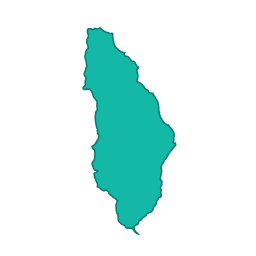 Stanceni, Mures, Romania (orthographic projection), rotated 167°
{"feature_id": "2599482B71478398242388", "entity_name": "Stanceni", "entity_type": "district", "adm_level": 2, "iso_a3": "ROU", "parent_name": "Romania", "parent_adm1": "Mures", "projection": "orthographic", "projection_center": [25.249, 46.944], "detail": "fine", "context": "isolated", "style": "filled", "palette": "teal", "viewbox_px": 256, "rotation_deg": 167, "n_neighbors": 0, "source": "geoboundaries", "source_scale": "gbopen_adm2", "svg_char_len": 5851}
<svg xmlns="http://www.w3.org/2000/svg" viewBox="0 0 256 256"><g transform="rotate(167 128 128)"><path d="M144.7,233.5L145.5,232.3L145.7,231.6L145.9,231.0L146.0,230.2L146.0,229.7L145.7,227.9L145.9,227.2L146.1,225.9L146.4,225.3L147.9,223.6L148.9,221.4L148.9,220.1L148.7,219.0L148.7,218.2L148.6,216.6L148.8,215.4L148.9,214.9L149.1,214.3L149.4,214.0L151.1,213.1L151.5,212.5L151.9,211.9L152.1,210.9L152.7,209.9L153.6,208.3L153.9,207.4L154.0,206.3L154.0,203.9L153.8,202.1L153.8,201.6L154.1,199.3L154.1,198.6L154.1,197.4L154.9,196.6L155.7,195.8L155.8,195.4L155.9,194.8L156.0,194.5L158.0,191.8L158.7,190.0L158.7,189.3L158.5,188.6L157.9,187.7L157.5,186.7L157.4,186.3L158.2,185.5L158.3,184.7L158.9,183.7L159.2,182.8L159.4,182.1L159.7,181.6L159.8,180.4L159.8,179.9L160.0,179.5L160.2,179.2L161.0,178.7L162.1,177.8L162.6,177.3L163.0,176.6L162.9,176.4L161.5,175.2L159.6,174.9L158.9,175.0L157.5,174.8L156.9,174.5L156.5,174.1L155.8,173.1L155.5,172.5L155.4,172.2L155.3,170.8L154.8,170.1L154.7,169.6L154.7,167.2L154.5,166.2L154.0,164.6L153.5,163.9L153.1,162.8L152.6,162.2L152.4,161.6L152.3,160.5L153.3,156.7L153.6,153.6L154.3,151.9L154.8,151.5L155.9,150.8L156.1,149.7L156.2,149.2L157.4,146.5L157.5,146.1L157.5,145.5L157.8,144.6L157.8,144.0L158.0,143.0L158.0,142.2L158.1,141.5L158.1,140.9L158.3,139.6L158.3,139.0L158.4,138.6L158.3,137.9L158.3,136.9L158.5,136.0L158.3,134.9L158.1,134.2L158.0,133.7L158.1,133.3L158.6,132.3L158.5,131.3L158.5,131.0L158.4,130.6L158.5,130.4L158.9,130.0L158.9,129.6L158.4,128.8L158.3,128.2L158.1,127.8L158.1,126.8L158.3,126.1L158.8,125.1L159.7,124.2L159.7,123.9L160.2,123.4L160.7,123.1L160.7,122.7L161.1,122.5L161.3,122.1L161.9,121.9L162.2,121.3L162.6,120.9L162.6,120.7L162.4,120.6L162.6,120.2L164.0,119.8L164.9,119.0L165.5,118.7L166.4,118.4L167.2,118.3L167.2,117.8L167.1,117.0L167.1,116.1L166.9,115.7L166.7,115.3L165.9,114.8L165.6,114.3L165.6,113.6L165.8,112.7L165.8,111.5L166.1,110.3L166.3,109.1L166.8,108.2L167.4,105.6L168.1,104.5L168.4,104.0L169.5,103.4L170.0,103.0L170.8,101.9L171.1,101.1L171.2,100.5L170.8,98.6L170.8,97.7L170.6,97.0L170.7,96.1L170.5,95.6L170.2,95.1L170.1,94.6L169.9,94.4L167.6,93.6L167.2,93.3L167.1,93.1L167.2,92.8L167.4,92.6L168.4,92.1L170.5,91.8L171.2,91.1L171.4,90.6L171.5,88.9L171.5,88.4L171.6,88.1L171.5,87.7L171.4,86.2L171.1,85.0L171.1,84.1L170.7,82.7L170.7,82.0L170.4,80.8L170.4,79.3L170.6,78.7L171.1,77.8L171.2,77.6L170.0,77.1L169.6,76.6L168.4,75.3L168.1,74.4L167.7,73.8L166.8,73.2L165.9,72.3L165.6,72.2L164.3,72.6L163.5,72.5L162.2,71.4L161.5,70.4L161.3,69.6L161.3,69.2L161.4,68.7L161.3,68.2L159.8,66.2L158.9,65.2L157.8,63.6L156.4,62.3L155.3,60.6L155.0,60.0L154.6,59.4L154.7,59.2L155.0,58.8L156.5,56.7L156.9,55.9L157.3,54.9L157.3,53.8L157.9,51.0L158.0,47.7L157.9,47.3L157.2,46.5L157.2,45.8L157.5,44.9L157.7,42.5L157.9,42.0L158.1,41.4L158.2,40.1L158.1,39.5L157.8,38.9L156.7,37.0L155.6,35.5L155.1,35.1L154.0,34.6L153.1,33.7L152.9,33.2L152.9,32.3L152.6,31.6L151.9,30.9L151.3,30.6L150.3,30.5L150.0,30.3L147.4,29.4L146.7,29.4L146.5,29.2L145.7,28.3L145.3,27.2L145.0,25.9L144.6,25.1L142.9,23.1L142.0,22.5L142.3,23.1L143.1,24.1L143.7,25.0L143.8,25.6L144.7,26.8L144.6,27.4L144.4,28.4L144.5,29.1L144.7,29.6L144.7,30.3L143.9,30.6L143.8,30.9L142.1,31.6L140.1,32.1L139.6,32.3L139.1,33.1L138.7,34.2L138.2,34.9L137.4,35.3L135.6,35.7L135.2,36.0L134.6,36.7L133.4,37.5L132.2,37.6L131.2,38.2L130.9,38.2L130.2,38.7L129.4,39.6L128.7,40.2L128.2,40.4L126.4,40.7L126.1,40.9L125.2,40.9L124.0,41.2L123.5,41.5L121.8,43.1L121.3,44.2L120.3,45.6L119.8,46.0L119.1,46.2L118.8,46.6L118.2,47.0L117.5,47.8L116.4,50.4L115.5,51.3L115.0,51.6L114.6,52.3L114.1,52.9L114.0,53.0L113.4,53.2L111.6,53.4L110.9,54.2L110.8,54.4L110.6,55.8L110.8,56.2L110.7,57.2L110.1,58.5L110.1,58.8L109.5,60.0L109.5,61.0L109.7,61.8L109.7,62.7L109.4,63.4L108.9,64.0L108.0,64.6L107.2,67.5L107.0,68.9L107.6,69.9L108.2,70.5L107.6,71.9L107.5,72.9L106.9,73.8L104.8,78.5L104.9,80.7L104.5,82.0L104.5,83.0L103.4,84.5L101.7,85.8L100.8,86.9L99.8,88.7L99.0,88.9L98.1,89.6L97.2,90.3L96.3,91.4L95.8,91.7L95.4,92.1L95.2,92.7L91.6,95.9L90.2,96.7L87.2,99.4L86.3,99.9L85.3,100.7L85.2,101.2L85.2,102.1L85.5,102.5L85.5,102.8L86.7,103.1L87.0,103.3L87.4,104.0L86.2,105.6L85.9,106.2L85.7,107.7L84.5,111.0L84.6,112.0L84.4,113.1L84.6,114.0L85.4,116.0L85.5,116.9L86.4,118.6L87.0,119.3L87.3,119.8L87.8,121.8L88.9,122.0L90.1,123.2L92.0,125.5L92.4,126.3L92.6,127.2L93.2,129.2L93.8,130.7L94.0,132.0L94.2,135.2L93.8,136.0L94.2,137.2L93.4,141.4L93.1,146.8L94.9,152.7L95.8,154.7L96.0,156.2L98.8,157.2L99.8,158.0L99.9,159.3L100.1,159.9L100.6,160.5L101.4,161.3L101.7,161.8L102.5,162.4L102.6,162.6L103.0,164.4L103.2,164.8L104.4,166.9L105.2,168.0L106.6,169.5L109.0,171.5L108.4,172.7L106.8,175.3L106.7,175.8L106.9,176.4L106.8,177.0L106.3,177.9L106.3,178.2L106.5,179.2L106.5,179.6L106.3,180.0L106.3,180.4L106.5,180.7L106.5,181.2L106.6,181.9L106.6,182.3L106.2,183.0L105.6,183.1L104.5,184.0L104.0,184.8L104.1,185.0L104.9,185.4L105.4,186.3L105.9,187.9L106.1,188.7L106.1,189.0L106.7,190.6L107.2,191.5L107.4,191.7L107.8,191.8L108.4,191.7L108.9,191.7L109.5,192.7L109.8,193.4L110.7,195.1L111.2,196.4L111.9,197.4L112.3,197.8L114.3,198.6L114.8,198.6L115.0,199.4L115.1,200.6L115.0,201.1L114.7,201.6L114.7,201.9L114.8,202.1L114.6,202.2L115.5,202.5L116.3,202.9L116.5,203.2L117.3,203.6L117.9,204.3L119.7,205.9L120.2,206.8L120.2,207.4L120.7,208.0L120.9,208.1L121.7,209.3L121.8,209.5L122.2,210.4L122.3,211.0L122.6,211.8L122.6,214.7L122.5,215.7L122.7,216.6L122.7,217.5L122.5,218.4L122.4,220.1L122.0,222.0L122.0,222.4L121.7,223.2L122.2,223.8L123.5,223.9L124.1,224.1L125.4,225.0L126.2,225.4L126.8,225.9L127.3,226.0L129.0,227.1L129.6,228.0L130.4,228.7L130.6,229.2L131.2,229.6L131.5,229.9L132.3,231.5L132.6,231.8L133.0,231.8L134.6,231.4L135.2,231.3L136.1,231.6L137.6,232.4L137.9,232.4L138.7,232.1L139.3,232.2L140.1,231.6L140.7,232.3L141.8,233.2L142.5,233.4L144.7,233.5Z" fill="#14b8a6" stroke="#0f766e" stroke-width="1.5"/></g></svg>